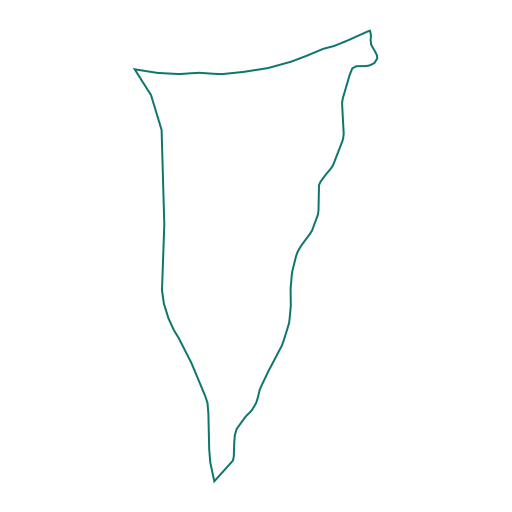 the district of San Sebastián, Retalhuleu, Guatemala
{"feature_id": "79465075B80062128439556", "entity_name": "San Sebastián", "entity_type": "district", "adm_level": 2, "iso_a3": "GTM", "parent_name": "Guatemala", "parent_adm1": "Retalhuleu", "projection": "albers", "projection_center": [-91.644, 14.559], "detail": "fine", "context": "isolated", "style": "outline", "palette": "teal", "viewbox_px": 512, "rotation_deg": 0, "n_neighbors": 0, "source": "geoboundaries", "source_scale": "gbopen_adm2", "svg_char_len": 1282}
<svg xmlns="http://www.w3.org/2000/svg" viewBox="0 0 512 512"><path d="M214.3,481.3L233.0,460.5L233.8,456.3L234.1,447.5L234.2,443.4L234.5,439.6L234.8,435.4L236.6,429.0L244.5,418.1L246.6,415.5L250.2,412.1L252.3,409.5L254.3,406.1L256.3,402.6L258.1,396.7L259.7,389.8L261.2,386.3L268.3,371.4L279.9,349.3L281.8,345.8L283.7,340.5L285.2,335.8L287.1,329.7L289.1,322.9L289.7,318.0L290.0,314.7L290.8,306.1L290.6,288.6L291.2,281.9L291.7,275.5L292.4,270.9L294.7,261.6L296.0,256.3L297.5,252.1L299.1,249.1L300.9,246.2L302.7,243.6L309.7,234.2L312.0,230.7L318.0,214.4L318.5,210.2L319.0,185.2L320.5,181.8L325.6,174.8L330.5,169.0L332.2,166.7L333.6,163.8L342.3,141.4L343.2,138.2L343.7,133.8L342.2,105.8L342.1,102.4L342.9,98.0L349.7,74.8L352.3,68.4L356.3,66.2L365.0,66.1L368.5,65.7L371.4,64.6L374.4,63.0L377.3,58.4L376.9,55.3L375.1,51.6L373.0,48.0L371.1,44.5L370.6,39.8L371.0,35.4L370.0,30.7L367.1,31.7L347.3,40.6L334.1,46.0L323.3,48.8L307.1,55.6L291.1,61.7L267.9,68.1L243.6,71.9L222.3,74.1L215.6,73.9L199.2,72.8L190.2,73.3L179.4,74.1L157.4,72.9L134.7,69.3L142.0,80.9L151.0,95.0L161.6,130.0L164.3,224.6L162.0,290.2L163.8,303.3L168.4,318.2L173.8,330.0L179.0,338.6L191.5,363.2L205.3,396.3L207.5,403.0L208.4,413.8L209.2,449.4L210.3,462.6L214.3,481.3Z" fill="none" stroke="#0f766e" stroke-width="2"/></svg>